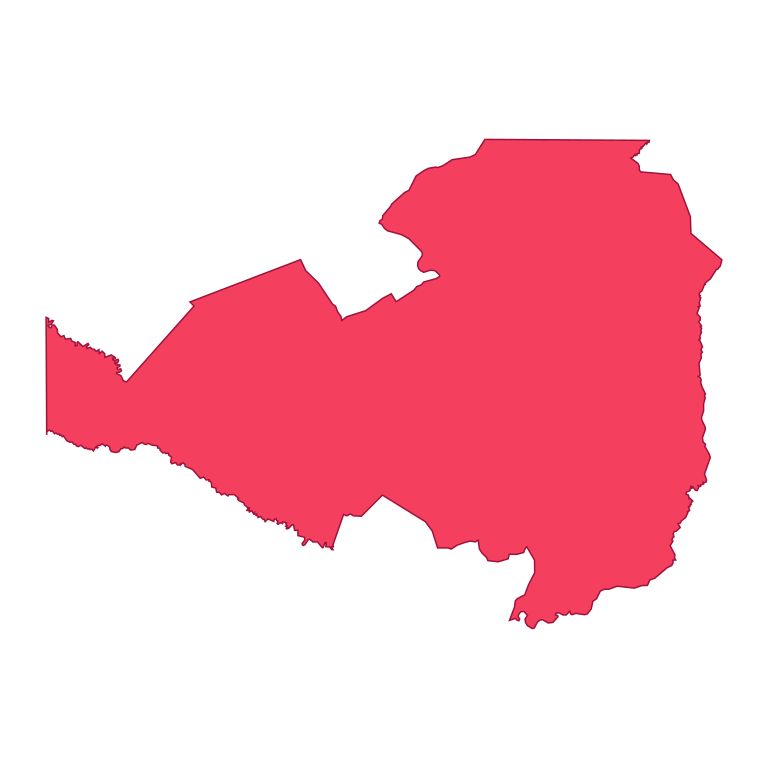 outline of Zambezi, North-Western, Zambia
{"feature_id": "96606910B76619304368438", "entity_name": "Zambezi", "entity_type": "district", "adm_level": 2, "iso_a3": "ZMB", "parent_name": "Zambia", "parent_adm1": "North-Western", "projection": "mercator", "projection_center": [22.726, -13.599], "detail": "fine", "context": "isolated", "style": "filled", "palette": "rose", "viewbox_px": 768, "rotation_deg": 0, "n_neighbors": 0, "source": "geoboundaries", "source_scale": "gbopen_adm2", "svg_char_len": 6052}
<svg xmlns="http://www.w3.org/2000/svg" viewBox="0 0 768 768"><path d="M46.1,317.3L46.7,434.9L46.8,431.5L49.4,430.1L50.9,431.4L52.3,430.8L54.4,433.7L56.1,432.9L57.5,434.3L59.7,434.0L59.7,435.3L61.0,435.2L62.3,436.7L63.4,435.9L67.0,440.9L69.9,442.2L72.0,441.9L73.8,444.2L75.9,444.5L76.2,445.8L78.3,446.6L80.8,445.3L84.9,448.5L86.0,447.9L87.9,449.1L89.4,448.6L89.9,449.6L92.1,449.3L93.4,451.0L95.6,447.1L97.2,448.1L97.9,447.6L96.7,446.8L97.5,445.5L100.1,445.5L102.0,443.7L105.4,446.2L106.0,445.1L108.1,445.6L109.8,447.4L109.9,449.5L111.3,451.5L115.6,452.5L118.9,451.7L120.9,448.7L122.4,448.7L124.3,446.9L125.0,447.9L128.7,448.1L130.6,450.1L134.8,449.5L136.7,445.2L142.1,442.5L144.2,444.0L146.4,444.4L148.1,443.4L152.5,445.3L156.1,445.5L158.0,446.6L157.6,447.9L159.9,448.5L160.1,450.3L162.9,453.0L164.9,452.4L165.7,453.5L168.5,453.3L168.8,455.2L171.5,457.2L170.6,462.1L171.9,463.8L175.7,462.6L177.4,465.0L179.5,465.0L180.2,464.1L180.5,465.1L182.8,462.7L184.8,464.2L185.2,466.4L192.5,469.5L200.2,478.3L203.6,477.1L206.2,480.0L209.1,479.7L208.9,481.1L210.5,481.5L211.4,483.2L211.7,487.0L215.8,488.1L216.6,492.2L219.5,492.4L221.5,494.9L224.4,493.4L227.9,495.9L228.6,494.7L234.3,494.6L238.6,498.2L237.6,499.1L238.8,500.6L243.8,502.9L244.4,504.9L247.7,507.6L249.5,507.9L249.3,509.1L247.8,508.7L246.9,510.4L249.3,510.8L249.4,511.9L251.7,510.7L253.2,513.2L254.4,512.5L254.0,514.1L256.7,514.1L256.0,515.3L258.1,516.3L258.1,517.5L260.6,516.5L262.6,519.0L264.2,519.5L265.1,521.6L268.0,518.9L273.8,521.5L274.1,519.5L276.2,518.7L276.7,520.6L277.9,520.9L277.1,523.5L278.0,524.3L280.7,522.7L282.5,523.6L283.1,521.8L286.5,522.7L285.9,523.9L287.1,525.2L285.6,526.2L287.6,527.3L286.3,528.3L286.8,528.9L288.6,528.4L292.0,524.9L293.5,524.9L294.6,530.4L297.9,530.3L297.9,535.6L304.4,537.2L304.9,539.9L302.2,543.3L302.3,544.8L303.4,545.5L305.0,544.6L308.3,539.6L309.7,539.1L312.8,541.9L317.5,541.9L322.3,547.7L323.2,547.5L324.9,542.7L326.2,542.5L325.8,546.7L329.7,546.9L331.7,549.6L333.0,549.7L331.5,546.9L333.4,546.8L333.1,544.5L343.6,514.4L346.7,515.8L350.5,513.9L353.3,515.8L361.4,516.2L382.4,495.1L425.3,521.6L432.3,531.1L437.6,547.9L448.2,547.9L451.1,549.1L457.1,545.2L465.9,542.1L470.6,541.1L475.2,541.9L478.2,540.1L479.4,548.9L482.0,553.1L486.5,557.4L487.9,560.6L498.1,561.8L508.2,558.8L509.2,554.2L516.6,554.4L523.7,552.5L525.2,548.4L526.8,546.9L534.5,560.0L534.7,572.7L528.5,584.8L524.8,594.8L517.6,598.5L515.3,600.8L514.6,606.8L509.5,620.4L515.3,618.4L517.3,620.4L518.9,620.7L519.7,619.0L518.0,616.4L519.2,613.5L521.1,611.6L524.1,611.6L527.5,615.4L525.0,619.1L525.5,622.5L527.5,625.7L532.5,628.6L534.3,628.0L537.4,622.1L540.2,619.9L542.7,619.8L548.3,623.0L552.9,622.4L558.0,616.8L557.6,615.5L555.3,614.8L556.1,613.1L559.4,612.9L562.7,614.9L566.2,615.0L569.7,611.3L570.6,613.8L571.9,614.7L575.8,613.4L584.5,614.7L587.4,613.9L591.2,609.0L592.9,601.2L596.5,598.8L600.3,591.1L604.2,589.3L608.9,589.2L617.1,586.2L634.4,588.1L641.7,585.6L647.4,585.4L649.9,579.9L654.7,578.3L667.0,567.8L671.7,565.5L673.1,562.8L672.8,560.2L675.7,560.0L674.4,557.6L675.0,554.9L670.1,545.6L672.9,541.3L671.9,540.0L672.8,537.5L674.0,536.8L673.2,533.5L674.2,531.7L676.3,531.1L680.2,527.6L678.1,523.5L680.6,522.9L681.2,521.1L685.6,517.5L687.9,512.6L687.4,511.9L689.6,510.6L688.5,506.7L689.9,506.6L690.1,504.8L691.0,504.6L690.3,504.0L692.1,501.7L691.7,500.7L692.4,500.7L689.6,498.0L689.1,498.6L688.5,495.1L686.1,494.3L686.5,492.1L690.0,490.6L690.0,489.0L691.9,488.2L690.5,487.1L691.0,486.3L692.7,486.7L695.5,490.3L697.2,490.5L698.9,487.1L698.2,485.8L700.5,486.3L700.5,485.1L703.5,484.1L703.2,482.2L704.3,482.8L706.1,482.0L706.6,480.0L704.5,474.0L710.3,457.6L709.3,454.2L704.9,446.5L705.5,444.1L703.2,442.2L702.4,437.8L705.3,429.6L705.3,427.3L701.7,419.8L701.6,416.9L703.6,411.0L703.6,403.9L705.2,397.9L704.5,395.4L705.5,394.1L701.8,386.4L700.8,382.6L701.1,379.4L700.1,377.4L698.3,376.5L700.1,375.1L699.0,363.2L701.4,357.8L700.8,354.1L702.4,352.2L700.8,349.6L702.5,346.9L700.2,341.1L698.8,339.9L700.3,338.8L699.9,335.9L701.6,332.1L700.7,331.1L701.6,328.3L700.4,326.9L701.6,325.9L698.6,321.9L700.2,320.1L700.3,317.3L697.0,313.7L699.2,307.7L698.3,306.7L700.2,306.0L699.3,302.9L700.7,297.7L699.7,297.2L700.3,295.7L699.2,295.2L699.7,292.4L701.9,291.0L704.2,285.2L705.3,284.5L704.7,283.5L710.4,278.8L716.3,269.6L717.7,269.2L720.3,266.0L721.9,259.8L690.9,233.4L690.4,216.7L678.1,184.0L673.3,179.8L670.6,174.5L640.8,171.9L639.4,170.1L639.2,166.0L637.9,163.3L630.8,158.1L633.4,156.8L634.4,154.9L635.7,155.6L636.2,154.2L636.9,154.8L637.1,153.8L639.3,153.2L639.5,149.7L641.8,148.4L641.2,147.1L642.5,147.0L646.2,142.8L646.8,144.0L647.8,142.1L648.9,142.4L649.4,140.4L484.9,139.4L475.3,154.6L469.8,157.1L452.1,159.7L443.1,165.6L438.0,167.5L435.6,167.1L428.5,168.3L424.1,170.5L416.1,176.0L408.9,190.4L404.6,192.5L391.6,204.1L391.0,205.9L382.8,215.6L382.3,219.3L380.0,220.6L379.1,223.1L381.7,224.3L384.5,228.4L387.5,230.8L401.4,234.6L408.8,238.6L420.7,250.6L422.2,252.6L422.2,255.7L418.0,261.8L417.6,265.3L418.6,268.6L420.4,270.5L423.7,272.3L430.8,270.1L435.0,270.7L439.7,275.1L439.6,276.4L436.2,278.6L423.7,282.0L421.4,284.8L416.7,286.6L413.9,290.2L396.1,301.7L391.3,293.8L382.5,298.4L365.6,310.7L346.7,316.7L341.8,320.5L340.9,316.3L337.7,312.0L335.6,306.3L332.4,304.0L318.6,283.2L305.7,270.6L300.6,259.6L190.0,301.9L194.0,306.1L126.5,382.0L123.3,380.8L120.9,375.6L116.6,373.6L116.9,372.3L119.4,372.3L121.5,370.8L120.7,368.8L118.3,369.4L117.1,368.7L117.3,367.5L119.8,366.4L119.9,364.8L116.3,364.8L115.0,363.6L115.0,362.0L116.2,363.1L117.6,362.9L118.6,360.7L118.0,359.3L114.5,360.4L112.9,359.8L112.7,358.5L114.8,358.5L115.4,357.6L111.2,354.9L104.9,357.4L104.7,353.7L102.1,351.2L99.3,353.5L98.9,349.6L96.2,351.4L94.2,349.2L92.2,349.2L90.4,347.3L86.9,348.4L86.5,346.9L88.8,344.6L88.0,343.4L82.9,346.5L77.9,341.7L77.0,342.7L77.1,345.4L75.2,345.8L75.2,342.4L71.7,341.0L70.7,338.4L65.4,339.2L63.9,335.6L60.9,336.7L57.6,333.0L57.3,329.3L54.4,325.1L52.4,325.1L50.9,327.7L49.3,327.4L48.0,325.4L51.3,324.3L53.4,320.9L51.9,320.4L48.6,322.2L48.7,318.5L46.1,317.3Z" fill="#f43f5e" stroke="#9f1239" stroke-width="1.5"/></svg>